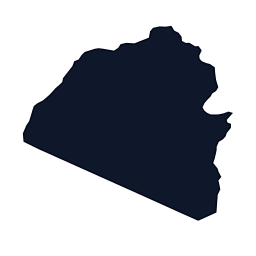 Pariconha, Alagoas, Brazil, rotated 355°
{"feature_id": "56859067B9061057080980", "entity_name": "Pariconha", "entity_type": "district", "adm_level": 2, "iso_a3": "BRA", "parent_name": "Brazil", "parent_adm1": "Alagoas", "projection": "albers", "projection_center": [-38.028, -9.246], "detail": "fine", "context": "isolated", "style": "filled", "palette": "ink", "viewbox_px": 256, "rotation_deg": 355, "n_neighbors": 0, "source": "geoboundaries", "source_scale": "gbopen_adm2", "svg_char_len": 1296}
<svg xmlns="http://www.w3.org/2000/svg" viewBox="0 0 256 256"><g transform="rotate(355 128 128)"><path d="M23.5,132.2L37.4,140.6L56.4,151.2L143.0,199.5L174.7,217.3L189.9,225.7L208.1,219.3L210.8,202.2L213.8,197.0L213.3,192.0L212.7,187.9L215.8,184.7L213.7,179.7L213.0,176.4L211.2,173.7L209.0,170.4L211.0,165.7L212.7,160.7L213.6,157.6L214.0,154.1L216.7,149.1L221.2,146.9L223.9,144.4L225.4,141.0L227.6,138.8L229.8,136.5L230.2,133.3L226.9,131.7L226.2,128.3L229.1,125.6L232.5,122.4L229.5,121.2L224.4,122.5L219.2,123.1L215.1,122.8L211.5,122.5L207.8,120.5L205.0,117.8L203.2,113.9L205.8,109.4L209.3,106.0L212.5,103.3L214.4,100.4L218.5,98.2L220.7,95.1L220.0,91.9L219.2,87.7L218.9,81.1L219.0,75.5L214.9,72.1L210.8,70.6L207.0,68.6L204.7,65.7L204.5,62.0L207.3,57.1L205.0,53.3L201.7,53.2L198.9,51.1L196.5,49.3L192.5,48.9L188.6,46.4L188.6,42.0L186.2,38.1L182.1,35.6L179.7,30.8L174.4,31.1L168.1,30.3L162.0,31.1L159.1,34.0L157.3,40.4L141.9,45.0L133.7,43.8L128.4,44.5L125.7,47.9L120.9,50.5L110.3,47.7L105.7,46.7L102.1,46.9L91.8,49.2L88.8,51.7L85.1,56.2L80.8,57.4L78.6,62.0L68.3,73.0L67.2,76.9L63.9,79.6L59.7,82.6L56.7,85.5L53.2,88.6L50.2,90.8L46.0,93.8L40.5,96.0L36.7,98.4L35.0,102.3L33.3,106.7L30.8,112.9L27.5,117.0L25.8,120.2L23.5,124.5L23.5,132.2Z" fill="#0f172a" stroke="#020617" stroke-width="1.5"/></g></svg>